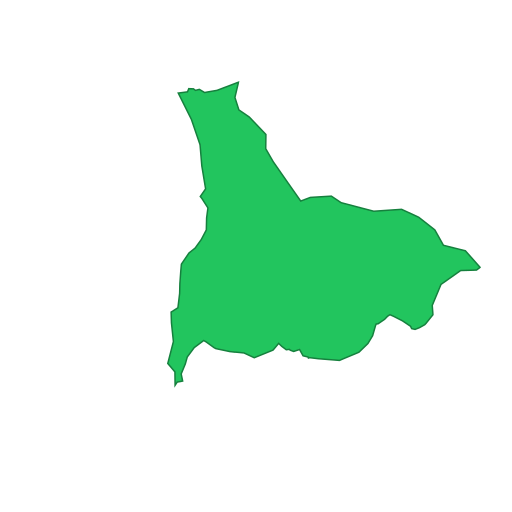 outline of Sam Gbalor, River Cess, Liberia, rotated 44°
{"feature_id": "62588387B40614732140726", "entity_name": "Sam Gbalor", "entity_type": "district", "adm_level": 2, "iso_a3": "LBR", "parent_name": "Liberia", "parent_adm1": "River Cess", "projection": "natural_earth1", "projection_center": [-9.418, 5.385], "detail": "fine", "context": "isolated", "style": "filled", "palette": "green", "viewbox_px": 512, "rotation_deg": 44, "n_neighbors": 0, "source": "geoboundaries", "source_scale": "gbopen_adm2", "svg_char_len": 1772}
<svg xmlns="http://www.w3.org/2000/svg" viewBox="0 0 512 512"><g transform="rotate(44 256 256)"><path d="M123.6,144.7L122.6,143.2L121.3,146.0L117.8,153.5L116.5,156.2L112.9,163.9L107.7,171.0L107.4,171.4L105.5,174.1L99.5,175.5L97.4,178.9L94.9,179.2L91.4,182.3L92.7,185.5L86.9,192.8L114.6,202.6L138.2,214.7L139.0,215.3L154.4,228.8L173.1,242.7L174.6,251.9L177.1,252.2L188.0,254.8L194.0,262.9L202.2,271.8L202.4,272.6L205.2,282.2L206.7,292.6L205.7,300.4L208.0,313.7L212.2,318.9L220.4,328.7L227.1,336.0L235.8,347.5L233.9,355.3L241.6,362.8L256.0,374.9L267.2,394.6L278.2,395.7L287.6,405.2L286.9,401.5L287.7,400.3L288.9,398.7L290.1,396.9L284.1,392.8L280.1,382.7L276.7,376.4L275.2,364.8L277.1,353.1L280.0,352.4L289.9,351.0L290.3,350.8L291.3,350.6L294.2,348.8L300.1,345.1L303.8,342.8L304.0,342.6L307.5,339.9L308.1,339.3L314.7,334.1L318.4,332.8L325.1,330.5L325.4,330.4L333.6,311.9L333.6,311.2L333.5,310.0L333.0,303.1L337.3,303.1L342.9,302.4L344.8,300.0L346.0,300.0L349.4,298.5L352.3,293.0L359.2,295.1L363.6,292.5L364.6,293.0L365.2,291.9L367.4,290.2L372.2,286.6L384.2,276.7L388.6,273.1L389.5,270.9L389.7,270.4L396.4,254.9L396.9,253.6L397.3,241.2L395.3,232.5L395.3,232.4L390.4,223.2L389.7,221.4L390.9,220.0L392.5,212.2L392.5,208.0L393.1,205.2L396.9,203.8L406.4,200.9L416.0,199.2L418.4,200.1L421.4,198.3L423.4,193.9L425.1,188.2L425.1,186.5L424.4,178.9L424.1,175.4L422.6,174.0L417.1,169.1L408.8,147.9L413.3,124.3L422.1,115.3L424.4,112.9L425.0,109.2L425.0,108.5L403.0,106.8L383.4,118.1L374.8,115.5L366.5,113.0L346.1,115.1L328.3,121.3L309.6,142.0L297.7,148.7L280.2,158.5L268.6,160.6L254.4,176.1L250.0,185.4L227.2,181.0L202.8,176.2L190.7,172.7L188.5,172.1L180.8,163.9L178.7,161.7L154.7,160.7L142.2,162.8L130.7,156.6L123.6,144.7Z" fill="#22c55e" stroke="#15803d" stroke-width="1.5"/></g></svg>